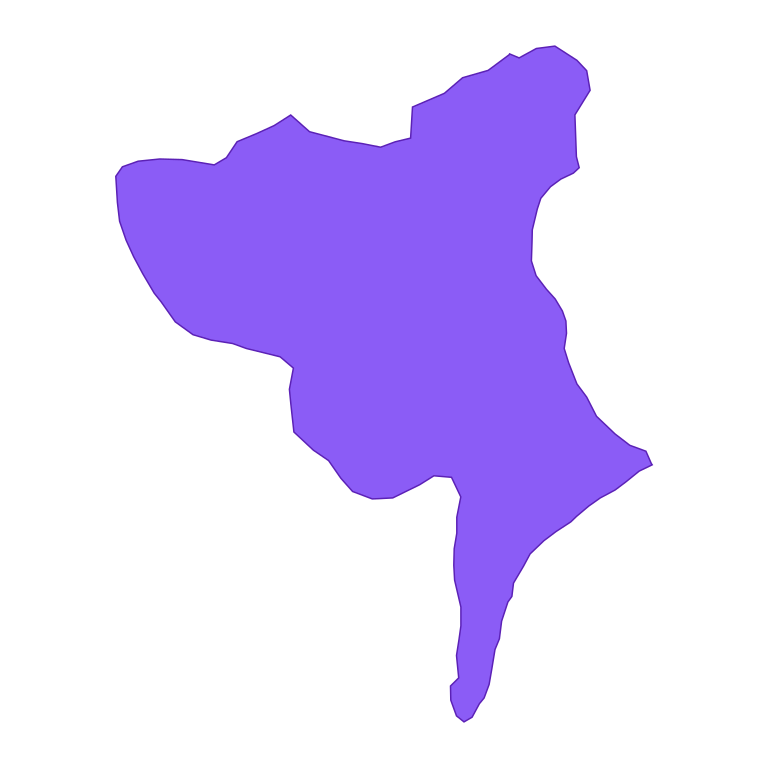 the district of Qubadli District, Qubadli, Azerbaijan
{"feature_id": "54616110B66639423042347", "entity_name": "Qubadli District", "entity_type": "district", "adm_level": 2, "iso_a3": "AZE", "parent_name": "Azerbaijan", "parent_adm1": "Qubadli", "projection": "mercator", "projection_center": [46.641, 39.301], "detail": "fine", "context": "isolated", "style": "filled", "palette": "violet", "viewbox_px": 768, "rotation_deg": 0, "n_neighbors": 0, "source": "geoboundaries", "source_scale": "gbopen_adm2", "svg_char_len": 1573}
<svg xmlns="http://www.w3.org/2000/svg" viewBox="0 0 768 768"><path d="M290.7,115.0L274.1,125.6L256.8,133.5L237.1,141.7L226.4,157.7L214.2,164.9L182.2,159.6L159.7,159.0L138.1,161.2L122.4,166.8L115.8,176.3L117.4,202.4L119.6,221.3L126.1,240.2L133.7,256.8L142.8,273.8L154.3,293.3L160.9,301.5L175.3,321.9L193.0,334.7L211.1,340.1L232.6,343.5L246.4,348.5L280.1,356.8L293.4,368.1L289.4,389.3L290.9,404.5L293.9,432.0L313.4,450.2L328.6,460.6L340.9,478.3L352.6,491.5L372.2,498.9L379.6,498.6L392.8,497.9L419.7,484.7L433.9,475.8L451.5,477.3L460.8,496.9L456.8,517.2L456.8,533.2L454.2,548.7L453.8,565.2L454.6,580.1L460.9,607.1L460.9,625.9L459.0,639.5L456.5,655.5L458.7,677.9L450.5,686.0L450.8,700.2L456.5,715.9L464.0,721.9L472.1,717.2L479.4,703.7L484.1,698.0L489.1,684.5L491.9,668.4L495.0,649.5L499.4,638.8L501.6,621.2L507.9,602.0L511.9,596.4L513.5,583.1L523.5,566.2L530.1,553.9L543.9,540.7L556.1,531.5L570.9,521.8L576.5,516.4L588.7,506.1L600.3,497.9L615.1,490.0L626.0,481.8L639.2,471.1L652.2,464.8L651.3,463.5L645.9,451.2L629.8,445.3L615.1,434.0L596.5,416.3L586.7,397.1L576.9,383.9L568.6,362.7L564.2,348.5L566.5,333.3L565.9,321.0L562.4,311.0L555.2,299.0L546.4,289.2L536.1,275.7L531.4,260.9L532.0,242.7L532.3,229.8L537.3,209.0L540.8,198.3L550.5,186.7L560.8,179.1L573.4,173.1L579.2,167.7L576.4,156.7L574.9,114.9L590.1,90.3L586.7,70.7L576.9,60.3L554.9,46.1L536.3,48.5L519.1,57.9L509.6,53.9L509.1,54.8L488.1,70.4L462.6,77.7L444.4,93.3L412.5,107.0L410.6,138.1L395.2,141.8L380.6,147.2L362.3,143.6L344.1,140.8L309.5,131.7L290.7,115.0Z" fill="#8b5cf6" stroke="#5b21b6" stroke-width="1.5"/></svg>